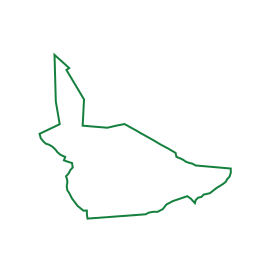 the district of Januário Cicco, Rio Grande do Norte, Brazil, rotated 73°
{"feature_id": "56859067B41568105980397", "entity_name": "Januário Cicco", "entity_type": "district", "adm_level": 2, "iso_a3": "BRA", "parent_name": "Brazil", "parent_adm1": "Rio Grande do Norte", "projection": "robinson", "projection_center": [-35.596, -6.134], "detail": "fine", "context": "isolated", "style": "outline", "palette": "green", "viewbox_px": 256, "rotation_deg": 73, "n_neighbors": 0, "source": "geoboundaries", "source_scale": "gbopen_adm2", "svg_char_len": 1070}
<svg xmlns="http://www.w3.org/2000/svg" viewBox="0 0 256 256"><g transform="rotate(73 128 128)"><path d="M183.6,74.3L180.9,76.9L179.1,79.9L177.1,82.6L174.7,84.4L172.6,86.6L169.8,90.1L165.7,89.8L159.0,96.0L153.6,101.4L151.0,103.8L147.4,107.0L136.2,117.8L133.4,120.3L123.2,130.2L122.4,137.9L121.7,147.7L115.8,162.5L112.5,170.7L104.9,167.9L87.8,161.7L54.5,169.9L53.5,166.7L36.6,176.9L81.6,189.3L104.4,192.2L107.7,214.3L112.2,214.4L116.0,212.9L118.9,211.2L120.9,208.4L123.7,205.8L127.6,203.6L130.6,202.5L134.1,200.2L137.3,196.5L140.2,198.7L141.9,196.5L145.1,191.8L149.6,192.4L151.4,195.5L154.0,197.9L156.1,201.4L158.9,201.3L161.8,201.7L166.0,203.7L170.0,204.2L172.7,203.3L178.9,202.2L187.7,199.0L194.0,194.8L194.9,191.5L198.7,192.6L202.8,193.2L215.7,136.3L215.0,132.8L215.5,128.5L216.8,124.1L215.7,118.4L212.4,113.6L211.0,106.4L210.7,95.6L210.5,91.3L214.1,88.5L219.4,86.0L216.7,84.3L215.1,81.3L215.4,77.9L213.8,75.2L214.3,68.8L211.3,61.0L209.4,53.8L208.0,50.1L206.0,48.3L204.2,45.1L200.9,42.8L196.8,41.6L183.6,74.3Z" fill="none" stroke="#15803d" stroke-width="2"/></g></svg>